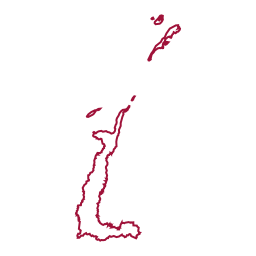 Halmahera Tengah, Maluku Utara, Indonesia (Mercator projection), rotated 270°
{"feature_id": "22746128B46636453933041", "entity_name": "Halmahera Tengah", "entity_type": "district", "adm_level": 2, "iso_a3": "IDN", "parent_name": "Indonesia", "parent_adm1": "Maluku Utara", "projection": "mercator", "projection_center": [128.383, 0.221], "detail": "fine", "context": "isolated", "style": "outline", "palette": "rose", "viewbox_px": 256, "rotation_deg": 270, "n_neighbors": 0, "source": "geoboundaries", "source_scale": "gbopen_adm2", "svg_char_len": 5744}
<svg xmlns="http://www.w3.org/2000/svg" viewBox="0 0 256 256"><g transform="rotate(270 128 128)"><path d="M33.6,133.3L33.3,132.2L33.6,132.1L33.6,130.5L33.3,130.3L33.9,128.7L33.3,125.3L32.8,124.8L32.6,125.0L33.1,123.4L32.8,121.9L33.5,121.8L31.1,120.5L29.6,120.3L28.7,119.3L28.5,118.4L28.1,118.4L28.1,119.2L28.5,119.4L28.1,119.9L27.8,119.1L26.6,119.1L26.6,118.5L27.2,119.0L27.7,118.9L27.6,118.6L28.0,118.7L27.4,118.3L27.7,117.9L27.3,117.5L28.0,117.0L27.8,116.5L28.9,114.3L28.6,112.2L29.1,112.8L29.1,111.7L30.2,111.7L29.8,111.5L29.4,111.0L29.4,110.8L29.7,110.5L29.6,111.0L30.0,111.3L30.3,111.2L29.9,110.9L29.9,110.7L30.4,111.0L30.1,110.4L30.6,110.9L31.4,110.6L31.3,111.2L31.8,110.9L31.3,110.2L31.7,110.1L31.6,109.7L30.7,109.4L30.8,109.0L31.3,109.0L30.6,108.8L30.5,108.5L31.2,108.7L30.7,108.2L31.5,108.4L31.8,107.3L32.2,107.3L32.1,106.6L32.5,106.6L31.8,105.4L32.0,104.8L31.1,103.4L31.4,102.4L33.0,100.1L34.2,99.6L34.5,98.9L35.2,99.1L35.7,98.5L37.7,98.6L39.2,96.9L39.6,97.1L40.2,96.7L40.3,98.2L41.3,97.2L41.9,97.7L43.8,97.7L44.6,98.1L45.6,97.6L46.2,98.0L47.7,97.3L50.6,98.4L52.4,97.4L53.6,99.4L55.0,99.3L56.2,100.1L57.4,100.2L59.7,99.1L61.6,99.9L61.8,100.5L62.3,99.9L63.0,99.9L63.7,100.2L63.5,100.9L63.9,101.1L63.5,101.2L63.9,101.8L64.9,101.9L64.4,102.3L64.7,102.7L64.2,102.8L64.3,103.2L66.7,102.9L67.6,104.0L68.9,104.1L69.5,105.1L70.6,105.3L71.1,105.0L71.1,104.0L71.6,103.7L71.9,105.2L72.7,105.7L74.4,106.2L74.9,105.6L74.9,106.3L76.1,106.7L76.5,106.5L76.3,106.9L76.9,107.1L78.5,106.6L80.6,107.1L83.4,106.1L85.4,106.8L88.2,105.9L89.3,106.0L91.3,107.4L93.3,107.5L95.6,106.3L97.3,106.6L97.6,106.2L97.9,106.4L97.6,106.6L98.8,107.6L100.0,107.3L100.8,107.8L101.0,109.2L101.8,109.5L102.2,110.4L102.7,110.4L102.4,110.7L102.7,110.9L102.4,111.1L102.7,111.1L102.7,112.1L103.4,112.2L104.5,113.4L106.7,113.8L107.9,115.1L108.9,115.4L109.6,116.5L114.3,116.3L116.8,116.7L119.9,117.5L120.7,118.3L122.1,118.4L123.5,119.2L126.0,118.9L130.1,120.7L133.0,120.7L139.2,122.4L141.8,123.5L143.5,123.2L144.5,124.4L144.3,125.0L144.7,125.9L146.2,127.7L147.6,128.2L148.7,129.2L150.7,129.6L147.4,127.2L146.5,125.7L146.1,122.7L144.7,121.0L142.7,119.5L140.6,118.7L137.7,116.9L135.9,116.4L133.9,116.7L132.1,116.4L131.4,115.8L128.1,114.7L127.2,115.3L124.7,114.8L123.0,113.4L122.4,111.3L123.6,109.5L124.0,107.5L124.9,106.2L124.3,102.9L125.1,101.4L124.7,98.8L124.0,97.3L122.7,95.9L122.7,95.2L123.7,94.6L124.0,94.0L123.6,93.4L122.6,94.0L120.6,93.1L119.8,93.3L119.2,94.3L119.1,95.6L118.5,96.4L117.6,96.5L117.9,97.3L116.7,98.5L116.8,99.9L117.3,100.8L117.0,101.5L112.3,102.6L111.8,104.1L110.0,104.8L109.6,104.0L107.9,104.1L107.3,102.9L106.5,102.9L105.4,101.9L103.7,101.6L103.6,100.7L102.9,100.1L103.1,97.5L102.2,97.0L101.3,98.0L101.3,96.6L100.6,95.9L98.7,95.3L97.8,95.8L97.3,94.9L95.2,94.2L93.9,94.5L91.5,94.1L91.0,94.5L90.6,93.7L88.6,93.9L87.1,93.2L85.7,93.5L83.7,92.0L83.2,90.3L82.1,90.0L80.9,89.1L80.7,88.2L77.0,88.3L76.2,89.0L75.5,88.9L74.5,86.4L72.9,86.4L71.8,85.5L71.2,84.4L68.1,82.7L65.1,83.5L64.7,83.2L64.3,84.0L63.5,83.7L63.0,84.1L62.2,84.0L61.1,83.4L59.1,84.1L57.3,83.5L56.9,83.9L55.5,82.2L54.9,82.0L54.3,82.5L53.0,81.1L50.8,80.9L50.5,78.0L49.7,77.7L48.3,78.3L47.6,77.5L47.1,77.8L45.9,77.6L45.1,76.8L44.1,76.9L43.1,76.1L42.4,76.0L42.4,76.5L41.6,76.8L40.9,76.7L41.3,77.4L40.3,78.3L39.5,78.2L38.7,78.9L38.3,78.5L37.7,78.9L37.3,78.6L37.2,79.2L36.8,79.4L35.3,78.6L34.4,79.8L27.1,78.9L25.5,80.7L22.6,80.1L22.1,79.2L22.3,78.2L21.1,77.6L20.1,77.3L19.4,77.9L18.2,77.7L18.3,79.3L20.3,81.1L20.3,83.1L21.6,83.8L22.9,86.1L21.8,86.7L21.6,87.5L22.2,89.7L21.0,90.3L19.9,91.6L20.6,92.6L19.5,93.8L19.8,95.9L19.1,97.0L18.3,96.3L17.3,96.1L16.7,96.5L16.2,97.6L16.7,98.6L15.4,100.2L16.0,101.4L15.8,103.1L16.1,105.1L17.9,107.0L17.9,108.1L18.9,108.4L19.9,109.8L19.3,110.5L19.2,111.2L20.0,113.8L18.9,116.5L19.5,119.0L21.4,121.9L20.5,122.2L20.0,123.8L18.8,124.7L19.3,126.1L20.8,126.9L20.6,128.0L21.9,129.4L21.7,130.4L20.2,131.0L19.7,131.7L17.7,136.1L18.9,136.8L19.2,136.4L20.1,136.5L20.9,137.1L22.0,139.4L22.3,139.3L23.2,140.0L23.3,139.0L23.8,139.1L25.0,138.2L28.3,138.7L29.5,137.2L30.4,136.8L30.6,133.4L33.6,133.3ZM202.5,151.3L196.4,148.3L195.6,148.6L195.5,149.3L196.6,150.8L197.6,150.7L201.6,151.7L203.7,153.7L205.5,154.8L207.8,158.0L207.7,158.7L208.1,159.4L207.8,160.6L208.5,161.6L207.8,162.3L207.9,163.1L209.0,163.3L210.2,162.8L211.7,162.9L213.1,163.4L214.5,164.8L217.1,165.3L217.3,166.1L218.7,167.5L219.4,169.2L218.8,169.6L218.2,171.0L219.0,171.5L219.5,171.1L220.1,171.3L220.4,171.9L221.5,172.3L222.2,173.2L223.8,173.7L222.8,175.4L223.4,176.4L224.2,176.6L224.4,178.2L226.3,179.8L227.4,180.0L227.9,179.4L227.5,178.1L229.5,179.7L229.0,178.5L229.2,178.0L230.8,178.1L230.6,175.8L227.4,169.8L222.5,166.4L218.6,164.7L217.1,162.4L214.0,160.8L210.1,155.9L204.6,152.9L202.5,151.3ZM237.4,158.1L234.2,154.9L233.0,154.6L231.8,155.6L232.3,159.7L233.7,161.3L235.6,162.5L236.8,162.9L237.4,162.7L236.1,162.2L236.9,162.2L236.6,161.3L238.0,161.0L235.6,159.2L236.1,158.6L236.9,158.9L236.8,158.1L237.6,159.3L237.1,159.1L237.0,159.6L237.4,159.5L237.5,160.1L239.3,161.4L239.4,162.2L238.6,162.4L238.8,162.7L240.2,162.8L240.6,161.4L240.2,160.1L237.4,158.1ZM139.6,86.9L139.2,87.1L139.1,88.3L141.2,92.5L142.0,93.6L145.2,95.9L145.7,95.9L145.8,95.1L144.0,91.4L141.7,88.4L139.6,86.9ZM213.1,164.9L212.4,163.7L211.5,164.5L211.2,165.3L211.8,166.6L213.8,168.5L214.2,166.3L213.3,164.8L213.6,165.5L213.1,166.5L212.6,166.5L212.5,165.9L212.9,165.9L213.1,164.9ZM155.1,131.4L156.4,133.2L157.8,133.3L157.1,133.6L158.0,133.6L159.6,134.7L159.7,134.3L158.0,132.8L155.1,131.4ZM146.4,97.2L145.8,97.9L146.3,99.3L147.3,100.2L147.1,98.4L146.4,97.2ZM237.2,153.6L238.4,153.0L238.1,152.2L237.2,151.5L236.7,152.2L237.2,153.6ZM63.5,101.9L63.3,101.3L62.7,101.1L62.9,101.8L63.1,101.6L63.5,101.9Z" fill="none" stroke="#9f1239" stroke-width="2"/></g></svg>